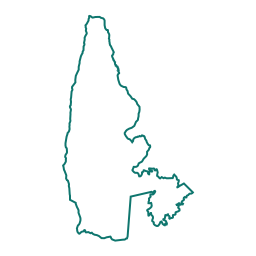 the district of Apulo, Cundinamarca, Colombia
{"feature_id": "7082276B77880035586372", "entity_name": "Apulo", "entity_type": "district", "adm_level": 2, "iso_a3": "COL", "parent_name": "Colombia", "parent_adm1": "Cundinamarca", "projection": "robinson", "projection_center": [-74.565, 4.536], "detail": "fine", "context": "isolated", "style": "outline", "palette": "teal", "viewbox_px": 256, "rotation_deg": 0, "n_neighbors": 0, "source": "geoboundaries", "source_scale": "gbopen_adm2", "svg_char_len": 5841}
<svg xmlns="http://www.w3.org/2000/svg" viewBox="0 0 256 256"><path d="M85.5,25.3L85.7,25.7L85.6,27.2L86.2,28.7L85.9,30.2L85.9,30.8L86.7,32.9L86.7,33.7L85.4,35.9L84.6,37.8L84.7,39.7L84.0,43.0L84.3,43.5L84.4,44.2L84.4,44.8L83.6,46.4L83.5,50.2L82.7,51.5L82.5,53.3L81.8,54.3L80.9,56.3L79.6,61.4L79.6,63.1L78.7,66.8L78.7,69.7L77.1,73.0L75.8,75.9L75.3,80.0L75.4,82.4L72.1,86.8L72.0,88.1L72.4,89.3L72.4,89.9L71.6,91.5L71.1,97.6L70.7,99.3L71.0,101.8L70.7,105.1L70.6,105.5L70.2,105.7L69.9,106.6L70.0,107.3L70.9,109.2L70.9,110.0L70.4,112.9L70.5,114.0L70.2,119.0L70.4,120.8L70.2,121.7L69.5,123.3L69.6,125.3L69.4,126.5L69.6,129.1L69.1,131.0L68.6,131.9L67.5,133.2L67.5,133.9L66.6,136.6L65.5,143.2L65.5,145.6L65.9,147.4L66.4,147.8L66.8,148.7L67.0,152.0L66.9,152.8L65.6,154.8L65.2,156.3L65.2,157.0L65.9,158.0L66.0,158.8L65.8,159.5L65.9,161.1L65.6,162.1L64.2,164.4L63.5,165.0L63.1,165.7L63.5,166.7L64.0,169.8L64.5,170.7L66.3,175.3L66.1,178.5L67.0,180.2L67.5,180.3L67.9,180.7L68.9,183.8L69.0,184.8L68.8,185.9L69.3,188.1L69.7,194.2L70.0,195.7L70.0,199.8L75.7,202.8L75.8,203.9L76.9,206.9L78.3,209.6L78.6,210.8L78.5,212.7L80.3,217.6L80.5,218.9L80.4,220.7L79.6,223.4L79.0,224.5L77.9,225.5L76.9,228.4L77.1,229.3L77.2,230.7L77.6,232.0L78.6,233.3L79.2,233.7L79.5,233.7L81.2,232.1L81.9,231.7L83.7,231.3L84.1,230.3L84.7,230.1L85.1,230.4L85.6,232.0L86.0,232.4L88.4,232.1L90.5,233.2L91.8,232.7L92.8,233.8L94.5,234.7L96.8,235.1L98.9,236.0L101.5,238.1L104.3,238.2L106.6,237.3L110.4,236.6L110.6,236.8L111.3,238.4L112.1,239.4L115.2,240.6L123.5,239.6L124.0,239.7L125.3,239.3L126.0,238.6L127.0,238.4L127.6,236.4L130.7,196.6L151.5,191.8L152.5,192.4L153.1,192.5L154.2,191.1L154.8,190.9L155.1,191.2L155.2,191.6L154.5,192.9L153.4,194.2L152.7,194.5L151.5,194.3L150.5,194.4L150.3,195.1L150.6,196.7L149.0,198.5L149.1,200.5L148.6,201.7L148.5,203.2L149.3,203.3L151.1,202.9L151.3,203.3L151.7,205.7L151.4,206.8L150.5,207.8L149.1,208.9L147.7,209.6L147.3,210.0L147.2,210.6L148.2,211.8L148.4,215.4L148.5,215.6L149.0,215.5L150.3,213.4L150.7,213.0L151.0,213.0L151.1,213.3L151.2,214.6L152.8,216.4L152.9,216.9L153.0,218.0L152.2,220.2L152.2,221.0L153.8,222.4L153.7,223.6L153.9,224.1L154.9,225.1L155.6,225.5L156.9,226.0L157.9,225.9L158.4,225.5L159.6,223.9L160.4,222.0L161.1,221.6L161.5,221.5L162.7,224.0L164.3,225.2L164.8,225.3L164.9,225.1L165.1,223.9L165.4,223.6L165.6,223.6L166.3,224.6L166.7,224.5L166.9,223.4L165.9,221.1L165.1,220.5L163.5,219.9L163.3,219.3L164.4,218.7L164.9,218.0L165.3,215.3L165.4,215.1L166.4,215.4L167.5,214.4L168.0,214.4L167.9,215.4L168.9,215.8L169.5,216.4L169.5,217.4L169.2,218.0L169.3,218.4L169.6,218.7L171.3,218.0L172.6,217.8L173.0,217.1L172.9,215.5L173.0,215.1L175.2,214.6L175.5,214.3L175.6,212.4L175.8,212.2L178.3,211.3L179.5,210.5L179.5,209.1L178.2,207.7L178.6,206.6L178.5,205.8L177.8,205.4L176.8,205.1L176.6,204.6L177.7,204.2L178.7,203.3L179.1,203.2L179.6,203.5L179.9,204.8L180.2,204.8L181.1,204.4L182.7,204.4L183.0,203.7L181.8,203.1L181.6,202.2L182.3,201.0L183.6,200.2L184.0,199.6L183.7,198.6L183.9,197.7L184.9,197.0L185.7,197.5L186.4,197.4L186.8,195.8L187.0,195.6L188.2,195.1L189.3,193.9L189.7,193.7L191.3,193.6L192.3,193.1L192.9,192.4L183.9,183.5L179.5,186.0L178.0,187.1L177.4,187.3L177.3,187.1L178.4,185.5L178.4,184.8L178.1,184.0L178.0,183.3L178.7,181.6L178.8,180.5L178.8,180.3L176.9,179.5L176.8,178.3L176.3,176.8L174.2,174.6L173.4,175.6L173.0,177.4L172.7,178.1L166.8,178.3L166.0,178.1L164.9,177.6L163.6,178.2L161.7,177.1L160.1,178.4L159.6,178.2L158.3,176.7L157.1,175.8L157.2,174.5L157.7,172.4L157.1,170.2L156.8,169.4L156.6,169.3L155.4,170.4L155.0,170.4L154.6,170.1L154.5,169.0L153.9,168.5L152.4,168.7L149.5,168.4L149.1,168.5L149.1,169.2L149.8,170.3L150.5,170.6L151.9,170.8L152.2,171.2L151.9,171.6L150.1,171.4L149.1,171.9L149.0,172.6L149.3,173.9L149.2,174.3L148.9,174.3L148.1,173.6L148.0,173.0L148.3,172.4L148.3,171.8L147.8,171.5L145.7,171.0L144.2,170.3L143.7,170.3L143.3,171.7L142.3,172.1L142.0,172.4L142.1,173.6L141.5,175.0L140.8,176.0L140.0,176.4L139.2,176.3L138.6,174.3L138.1,173.4L137.2,172.8L135.1,172.8L134.0,172.1L132.5,170.5L132.5,169.8L133.0,168.9L133.7,166.9L135.9,166.9L137.4,166.2L138.1,165.2L138.7,163.4L140.2,162.5L141.5,161.9L142.1,161.4L143.7,158.7L146.3,156.1L147.1,154.5L147.1,151.7L148.7,149.9L149.4,148.0L150.1,147.3L150.2,146.8L150.2,146.2L150.0,145.4L148.7,145.2L147.5,143.5L146.6,141.7L146.4,140.7L145.2,139.0L144.6,136.8L144.2,136.2L143.7,136.2L143.4,135.8L142.4,135.8L142.0,135.4L141.0,136.3L140.2,136.3L139.6,136.0L138.5,136.7L137.5,136.7L137.2,137.0L135.5,137.3L134.1,138.3L133.7,138.8L133.2,139.7L133.1,141.0L132.2,142.2L131.3,140.9L129.9,139.4L129.3,139.1L128.6,139.0L127.7,138.5L125.9,136.1L124.8,134.1L124.7,133.0L126.0,130.9L127.0,129.9L129.3,128.6L131.7,127.8L134.3,125.9L136.0,121.8L137.7,120.2L138.0,119.4L138.0,118.8L138.6,116.2L138.6,113.7L139.3,111.9L139.6,109.7L139.5,106.8L137.3,104.1L136.6,102.1L135.5,100.6L134.1,99.2L132.2,98.7L130.6,96.3L128.1,93.6L127.5,90.9L126.5,89.5L126.2,87.7L126.0,87.4L125.4,87.1L123.7,87.0L121.4,85.9L120.7,85.4L119.6,83.9L118.3,79.8L117.6,75.7L117.6,75.2L118.5,73.6L119.1,73.3L119.1,72.7L118.7,72.2L118.6,71.5L118.2,71.1L118.6,71.0L118.7,70.8L118.4,70.4L118.6,69.9L118.0,69.2L118.3,68.4L117.7,67.9L117.8,67.2L117.5,66.6L116.7,66.6L116.4,65.7L115.8,65.7L115.8,64.9L115.2,64.6L114.9,62.9L115.1,62.2L114.3,61.5L114.1,60.4L113.4,60.0L113.2,59.5L113.2,58.7L112.6,57.7L112.1,56.3L112.1,55.5L112.9,54.8L113.3,53.9L113.3,53.1L113.8,52.2L111.4,47.4L111.1,46.5L109.9,44.8L109.9,44.2L109.6,43.2L109.6,42.2L109.3,41.3L109.4,39.7L108.9,38.6L109.1,37.9L109.3,35.1L109.1,34.1L108.0,32.1L107.9,30.2L107.6,30.0L106.6,30.0L106.3,29.7L105.3,28.4L105.1,27.7L104.6,25.2L104.6,20.6L104.2,19.5L103.2,18.4L100.7,17.7L100.3,17.3L99.5,16.9L95.4,17.0L92.7,17.6L92.3,17.5L90.6,16.2L89.2,15.8L88.9,15.4L89.1,16.1L89.2,17.7L88.6,19.0L88.5,20.6L86.7,23.9L85.5,25.3Z" fill="none" stroke="#0f766e" stroke-width="2"/></svg>